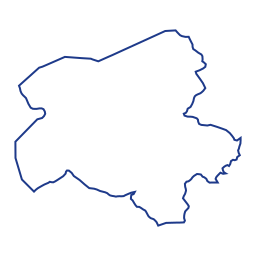 São Francisco de Assis do Piauí, Piauí, Brazil (orthographic projection)
{"feature_id": "56859067B59242064317932", "entity_name": "São Francisco de Assis do Piauí", "entity_type": "district", "adm_level": 2, "iso_a3": "BRA", "parent_name": "Brazil", "parent_adm1": "Piauí", "projection": "orthographic", "projection_center": [-41.535, -8.197], "detail": "fine", "context": "isolated", "style": "outline", "palette": "blue", "viewbox_px": 256, "rotation_deg": 0, "n_neighbors": 0, "source": "geoboundaries", "source_scale": "gbopen_adm2", "svg_char_len": 2703}
<svg xmlns="http://www.w3.org/2000/svg" viewBox="0 0 256 256"><path d="M39.1,67.7L19.0,85.7L19.9,88.1L20.5,91.0L21.6,93.5L23.1,95.3L24.5,96.6L26.0,98.1L28.4,103.8L30.7,107.7L32.9,108.8L36.4,108.9L39.5,108.4L41.7,108.4L43.5,109.2L44.8,111.5L45.2,113.8L44.0,116.1L42.1,118.0L37.3,119.3L24.0,132.9L15.4,141.7L15.5,158.0L21.9,179.5L34.0,191.6L35.8,189.8L37.7,188.3L39.2,187.4L42.2,185.7L44.4,184.5L48.4,182.8L49.8,181.8L51.5,182.2L53.3,182.3L55.3,181.3L57.7,179.8L63.2,176.2L65.6,173.6L66.0,171.7L67.0,170.5L68.9,170.6L71.7,172.9L73.8,176.0L79.6,180.0L84.6,184.4L89.2,188.1L94.1,188.7L96.8,189.5L100.1,191.0L105.2,192.3L107.3,193.2L108.6,194.4L110.1,195.4L112.1,195.9L114.1,196.2L115.9,196.6L117.6,196.3L119.5,196.2L121.3,196.3L123.7,196.1L125.3,195.2L129.0,193.6L131.2,192.7L133.0,192.3L134.8,191.9L133.6,194.1L131.3,195.0L131.0,197.1L130.9,198.9L132.6,200.4L134.3,203.3L135.6,205.3L136.9,206.8L139.3,206.9L141.1,208.0L143.1,209.4L145.3,210.6L146.2,212.0L147.8,215.0L148.6,216.4L150.6,218.1L153.7,219.2L155.4,220.8L156.6,222.2L158.2,225.6L166.1,222.9L176.8,222.6L179.4,222.6L183.9,222.4L184.9,220.7L184.1,218.1L184.2,215.6L184.5,213.8L185.2,211.4L186.5,210.0L188.4,208.0L188.8,206.2L187.7,204.4L183.0,198.3L183.8,196.1L185.1,193.8L186.0,190.7L185.8,189.0L185.2,186.9L184.9,183.8L186.5,181.7L188.5,181.3L190.3,180.0L191.4,178.9L192.4,177.4L194.0,175.9L197.0,174.0L199.1,174.2L200.9,174.5L202.6,176.7L204.3,177.3L206.3,178.8L207.4,181.1L209.5,182.6L213.3,182.5L215.7,182.5L217.7,182.5L215.6,178.9L216.2,177.3L217.3,175.9L220.4,172.7L223.1,173.8L225.7,173.4L223.9,172.3L223.0,170.4L222.5,168.3L224.1,166.8L225.8,165.7L227.5,165.1L229.0,166.0L230.2,164.1L231.0,161.1L233.0,159.8L234.8,160.2L236.6,159.5L237.2,157.1L239.8,155.2L238.7,152.9L238.1,150.4L238.9,148.6L239.3,146.8L240.4,143.6L240.6,140.3L240.6,137.9L237.0,140.5L234.4,139.8L233.8,138.2L232.2,136.0L229.8,133.1L226.1,130.1L222.0,128.6L217.1,126.9L210.5,124.8L207.4,125.5L201.3,124.9L199.1,123.9L198.2,121.7L197.9,119.6L196.7,118.3L195.0,117.7L192.7,116.9L190.7,116.7L187.5,116.6L184.5,115.6L183.8,113.7L185.9,112.8L187.0,111.1L187.7,108.7L190.5,107.0L192.2,104.0L193.4,101.0L194.0,98.1L194.8,96.3L196.2,95.1L198.3,94.1L199.9,93.5L201.3,92.6L203.2,90.9L205.3,88.1L202.9,83.1L201.7,81.4L200.2,79.2L196.3,73.8L195.7,71.7L199.5,70.3L203.1,68.5L205.3,66.8L205.8,64.2L203.9,62.4L202.3,61.3L202.6,59.3L202.4,56.2L201.4,54.5L198.3,52.7L195.2,50.3L193.3,49.1L192.6,47.0L192.5,44.5L191.0,41.6L189.6,38.8L188.7,36.8L185.5,36.9L181.9,36.1L180.1,35.2L178.5,33.6L177.0,32.0L175.6,30.4L165.2,31.0L122.6,50.4L112.1,55.2L108.4,56.8L98.3,61.3L92.5,59.4L90.9,58.7L81.1,58.1L64.9,56.9L46.6,64.9L42.4,66.7L39.1,67.7Z" fill="none" stroke="#1e3a8a" stroke-width="2"/></svg>